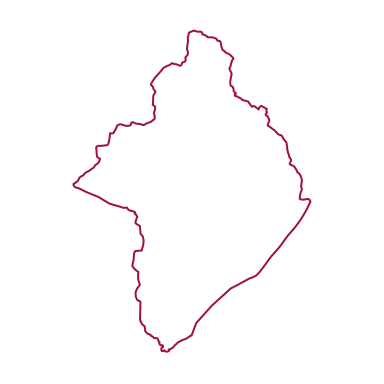 outline of Sopbao, Houaphan, Laos, rotated 274°
{"feature_id": "54806243B20736296010663", "entity_name": "Sopbao", "entity_type": "district", "adm_level": 2, "iso_a3": "LAO", "parent_name": "Laos", "parent_adm1": "Houaphan", "projection": "mercator", "projection_center": [104.423, 20.651], "detail": "fine", "context": "isolated", "style": "outline", "palette": "rose", "viewbox_px": 384, "rotation_deg": 274, "n_neighbors": 0, "source": "geoboundaries", "source_scale": "gbopen_adm2", "svg_char_len": 6037}
<svg xmlns="http://www.w3.org/2000/svg" viewBox="0 0 384 384"><g transform="rotate(274 192 192)"><path d="M190.6,310.8L192.1,310.1L193.2,308.5L192.7,305.9L192.1,303.8L192.2,300.9L192.7,300.0L194.0,299.9L195.4,299.9L198.6,300.4L202.3,301.4L204.4,300.8L205.7,300.3L206.6,300.6L209.0,300.6L209.9,300.9L210.8,300.9L212.1,300.7L213.2,300.2L215.8,299.2L216.9,298.4L217.5,298.1L218.9,296.0L219.3,295.6L220.3,295.3L222.9,293.5L223.8,292.8L224.7,292.0L225.2,291.0L226.0,288.6L226.8,287.5L227.1,287.5L227.9,287.7L229.4,288.4L230.4,288.6L230.9,288.6L231.6,288.3L232.4,287.6L234.5,286.3L237.3,285.5L238.1,284.8L238.6,284.7L239.5,284.7L240.4,284.5L241.0,284.0L242.1,283.8L244.2,283.8L245.5,283.3L247.8,282.8L248.3,282.6L248.9,281.9L250.0,280.8L252.5,278.8L254.0,278.1L254.5,277.4L255.0,276.3L255.1,275.3L255.6,274.0L256.5,273.0L257.8,271.7L259.3,270.0L261.2,266.9L262.2,265.6L263.3,263.2L263.6,263.0L264.5,262.9L265.4,263.1L268.1,264.1L269.3,264.1L271.0,263.1L272.6,262.4L273.3,261.4L273.5,260.6L273.8,260.2L274.4,260.2L275.2,260.2L276.3,261.2L276.7,261.2L278.0,260.6L279.2,260.7L279.6,260.8L280.0,260.8L280.2,260.5L280.4,259.8L281.4,258.0L281.9,256.7L282.7,255.4L282.7,255.1L282.5,254.6L281.4,253.6L280.3,253.0L279.5,252.8L279.1,252.6L279.1,252.4L279.9,251.7L280.6,250.4L282.0,248.3L282.0,247.2L281.3,246.3L281.4,245.7L282.0,244.9L283.3,244.2L284.3,243.0L285.5,242.4L286.0,241.9L286.7,239.3L286.8,238.2L287.3,236.5L287.4,235.7L287.6,235.4L288.1,235.1L288.6,234.4L289.3,232.7L290.2,231.0L290.5,230.0L290.8,228.4L291.1,228.1L291.8,227.9L292.3,227.9L293.0,228.9L293.5,228.8L294.1,228.3L294.9,227.0L296.1,226.4L297.2,226.2L298.3,226.1L299.2,225.7L300.1,224.7L300.6,223.4L301.5,222.9L302.8,222.6L304.4,222.4L306.2,222.5L308.2,222.8L309.5,222.8L310.6,223.1L312.0,223.3L313.4,223.0L314.2,222.7L316.2,221.3L317.2,220.9L317.8,220.8L318.6,220.9L320.4,221.8L322.6,221.9L323.8,222.4L325.0,222.4L326.0,222.8L327.2,223.7L327.8,224.0L328.3,223.9L330.5,221.7L331.8,219.9L332.6,218.3L333.0,216.9L333.5,215.7L334.6,214.9L335.3,213.5L336.0,212.6L337.1,212.1L338.4,211.5L340.1,210.8L342.9,210.3L343.9,209.7L344.6,209.0L344.6,207.1L344.9,206.7L346.2,206.1L347.1,204.2L347.6,202.4L347.7,200.3L347.4,198.8L347.5,198.1L347.5,197.5L347.4,197.0L347.5,196.7L347.9,196.4L348.6,195.8L348.8,195.3L349.0,194.3L349.5,193.9L349.8,193.3L349.9,191.5L350.4,191.2L351.3,191.1L352.0,190.8L352.4,190.1L352.5,188.6L352.3,186.0L352.7,184.9L353.1,183.1L353.0,182.3L352.6,181.4L352.1,180.6L351.6,179.5L351.2,178.4L350.6,177.9L348.7,177.7L347.5,177.4L346.8,177.1L344.7,177.1L342.7,177.4L341.8,177.6L340.8,177.5L339.2,177.2L338.0,177.1L336.6,177.1L335.0,177.0L333.9,177.1L332.9,177.7L331.7,178.0L330.1,178.3L329.0,178.2L327.8,177.6L326.1,176.2L325.6,176.1L324.4,176.2L323.9,176.4L323.1,176.5L322.5,176.4L321.8,176.0L321.3,175.4L321.1,174.6L320.7,173.8L320.1,173.2L319.1,172.8L318.1,172.6L317.7,172.3L317.2,171.8L317.1,171.2L317.4,170.1L318.0,168.8L318.4,166.9L318.4,165.6L318.6,164.7L318.9,163.9L319.1,163.5L319.1,163.2L318.7,162.8L318.0,161.8L317.1,160.8L316.1,158.5L315.3,157.3L314.7,156.2L313.8,154.9L312.7,154.0L311.4,153.3L308.0,150.7L303.9,147.4L299.6,144.9L296.5,143.5L295.8,143.6L295.0,144.9L294.1,145.9L292.6,146.1L290.4,147.7L290.0,148.4L289.3,148.4L288.0,148.0L286.6,147.1L285.1,146.7L282.1,146.7L279.2,146.9L276.8,146.8L276.3,146.8L275.1,148.5L274.2,149.3L273.2,149.4L271.2,149.3L269.6,148.8L268.6,148.5L266.9,148.8L265.5,149.4L264.2,149.6L263.1,149.7L261.8,149.2L260.4,147.3L259.3,146.5L258.4,144.5L257.6,142.6L256.8,141.2L256.0,140.2L255.4,139.2L255.4,138.0L256.1,136.0L256.3,131.5L256.9,129.6L257.5,128.4L257.5,127.6L256.9,126.7L255.5,126.5L254.1,125.7L253.7,124.5L253.4,122.5L253.4,121.2L254.5,116.8L254.5,115.2L253.2,112.9L252.0,112.4L249.6,111.7L246.8,110.1L246.0,110.0L245.3,109.4L244.8,108.0L244.8,106.3L244.2,106.1L240.7,106.1L238.6,105.8L235.5,105.5L233.9,105.0L233.0,104.4L232.7,103.6L231.6,97.8L231.6,96.0L231.4,94.9L230.9,94.0L229.7,93.3L227.5,93.7L222.2,94.5L220.6,94.9L219.8,95.7L219.1,97.2L218.7,97.8L217.9,97.8L216.7,97.6L214.7,96.6L213.2,95.1L211.9,93.5L210.5,92.8L209.2,92.0L208.0,90.2L206.9,89.0L205.6,87.4L204.5,85.3L203.6,84.3L202.8,83.5L201.2,82.5L200.4,81.2L199.1,79.4L198.1,78.6L195.3,77.5L194.5,76.6L192.8,74.8L192.3,73.9L191.8,73.3L191.1,73.2L190.3,73.6L189.6,74.1L188.6,75.3L188.3,76.3L188.0,78.6L187.7,78.9L186.9,81.1L184.5,86.8L180.5,99.0L174.6,110.6L172.2,121.9L171.4,124.6L171.9,128.2L170.0,129.6L169.6,130.2L169.1,131.8L168.8,133.5L168.4,135.3L168.1,136.0L167.8,136.5L167.3,136.8L166.5,136.9L166.2,136.6L165.6,137.7L164.6,138.3L163.5,139.2L161.3,138.4L159.9,138.2L158.3,137.7L156.9,137.9L155.9,139.4L154.5,142.3L152.0,142.8L146.7,143.6L144.2,146.0L140.6,147.1L135.8,147.1L130.1,145.8L129.2,139.7L127.0,138.5L120.3,138.5L118.1,138.2L115.6,137.7L113.9,137.7L111.9,139.3L110.0,141.6L108.4,144.1L105.7,144.0L101.1,144.4L95.7,146.5L91.7,143.9L89.7,143.2L87.2,142.7L83.5,143.3L80.6,144.8L79.1,148.0L76.8,148.5L75.1,148.2L73.9,148.6L70.1,148.6L65.0,148.9L61.0,149.0L58.6,150.2L56.1,151.9L54.8,154.1L52.6,154.6L49.8,155.1L47.4,157.8L46.9,160.3L46.5,160.3L46.2,160.5L45.9,160.8L45.6,161.7L45.4,162.1L44.8,163.0L43.9,164.1L43.6,164.8L43.7,165.9L43.6,167.2L43.5,167.5L43.3,167.9L42.3,168.5L40.7,169.1L40.5,169.3L40.2,169.9L40.0,170.1L39.4,169.8L38.8,169.8L38.5,170.0L38.0,170.3L37.1,171.1L36.9,171.4L36.8,171.7L36.9,172.1L37.1,172.7L37.0,173.3L36.6,173.7L36.2,173.9L35.6,173.9L35.2,173.7L34.6,172.8L34.3,172.6L33.8,172.3L33.2,172.3L32.4,172.4L31.6,172.7L31.2,173.1L31.2,173.8L32.0,174.8L32.0,175.2L32.0,175.5L31.7,175.7L31.3,175.9L31.3,176.4L30.9,177.8L31.3,179.2L31.8,179.9L32.1,180.2L32.3,180.3L32.5,180.3L33.0,180.0L33.3,180.0L33.5,180.2L33.7,180.6L33.9,181.6L35.5,183.8L37.3,185.0L41.1,188.7L44.0,193.3L45.0,196.1L48.8,201.0L48.9,201.6L61.6,205.4L80.0,219.7L98.5,237.4L102.9,244.7L105.1,248.0L109.6,255.1L111.3,258.8L113.1,261.8L115.2,263.7L117.7,265.6L121.5,268.1L133.1,275.4L140.7,281.3L145.1,284.4L150.1,287.4L155.7,291.0L163.3,296.8L167.5,299.5L172.1,302.4L177.5,305.2L182.3,307.5L190.6,310.8Z" fill="none" stroke="#9f1239" stroke-width="2"/></g></svg>